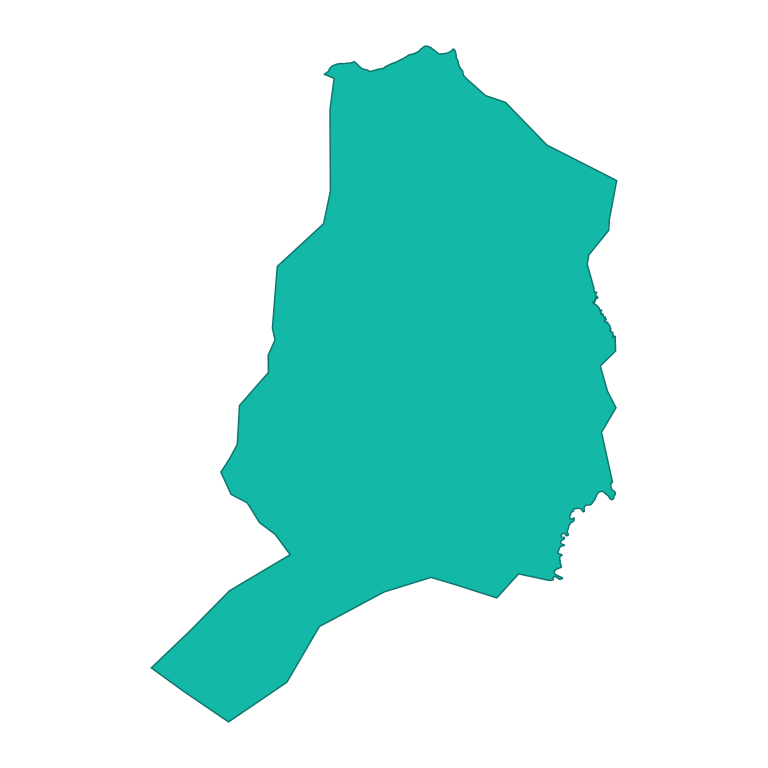 Baruunbu'ren, Selenge, Mongolia
{"feature_id": "93677404B37316028953404", "entity_name": "Baruunbu'ren", "entity_type": "district", "adm_level": 2, "iso_a3": "MNG", "parent_name": "Mongolia", "parent_adm1": "Selenge", "projection": "robinson", "projection_center": [105.041, 49.277], "detail": "fine", "context": "isolated", "style": "filled", "palette": "teal", "viewbox_px": 768, "rotation_deg": 0, "n_neighbors": 0, "source": "geoboundaries", "source_scale": "gbopen_adm2", "svg_char_len": 5929}
<svg xmlns="http://www.w3.org/2000/svg" viewBox="0 0 768 768"><path d="M453.1,49.1L451.7,50.6L449.3,52.2L448.1,52.8L445.8,53.4L439.8,54.1L438.8,53.8L437.9,53.2L436.9,52.3L435.6,51.3L434.0,50.1L432.4,48.9L431.3,47.8L429.4,47.0L427.4,46.3L426.1,46.1L425.2,46.1L423.5,47.0L421.8,48.5L421.2,49.0L420.8,49.1L419.6,50.4L419.3,51.0L418.7,51.6L417.5,51.9L415.9,52.8L413.0,54.1L410.4,54.5L409.6,54.6L408.9,55.1L408.1,55.4L406.2,56.8L405.0,57.4L403.6,58.3L401.2,59.4L398.6,60.9L394.6,62.7L392.3,63.4L385.1,66.9L383.5,68.4L377.7,69.3L373.7,70.6L370.0,71.5L367.5,70.1L363.6,69.2L360.9,68.0L358.3,65.3L354.7,61.9L354.0,61.8L350.9,62.9L346.4,63.3L343.8,63.7L340.2,63.5L336.0,64.4L332.3,65.9L329.7,68.4L328.5,71.3L324.4,74.3L334.1,78.3L330.0,109.6L330.4,191.0L323.6,223.7L277.3,266.4L272.4,328.0L275.0,340.0L268.2,355.2L268.4,372.5L239.5,405.5L237.3,444.3L229.6,458.7L220.9,472.1L231.1,494.4L247.2,502.8L259.7,522.8L275.1,534.3L290.2,554.7L229.6,590.7L189.8,631.1L151.3,667.9L184.3,691.8L228.5,721.9L286.9,682.2L319.4,626.5L384.2,591.9L431.0,577.4L457.1,585.2L496.7,597.9L518.6,573.9L547.7,580.1L549.9,580.4L551.4,580.3L552.6,580.1L553.2,579.7L553.2,579.2L553.0,577.9L553.3,577.3L554.0,576.6L555.4,576.7L556.5,577.1L557.4,577.6L557.9,578.3L558.7,578.9L559.5,579.3L560.5,579.2L562.2,578.7L562.5,578.2L561.9,577.5L559.6,576.6L557.3,575.4L556.1,574.9L555.1,574.2L554.4,572.9L554.3,571.9L554.4,571.2L555.1,570.3L556.5,569.3L559.3,568.0L560.8,567.5L561.3,567.2L561.4,566.8L561.4,566.3L560.4,563.7L560.2,562.2L560.2,561.0L560.1,560.7L559.7,560.4L559.6,560.1L559.7,559.5L559.9,559.1L559.7,557.8L559.7,557.2L560.0,556.6L560.7,556.0L561.7,555.4L562.0,555.1L561.5,554.7L558.8,553.6L558.0,553.1L557.8,552.4L557.9,551.8L558.4,551.0L559.6,547.6L560.3,546.9L561.1,546.4L562.1,545.9L564.1,545.5L564.4,545.3L564.3,545.0L563.8,544.7L561.9,544.2L561.0,543.5L560.7,542.8L560.4,541.9L560.6,541.4L562.7,539.7L563.8,539.2L564.3,538.7L564.5,538.0L564.3,537.5L564.0,537.3L562.7,537.5L562.1,537.4L561.6,537.1L561.2,536.7L561.1,536.2L561.2,535.5L561.6,534.7L562.2,533.9L562.8,533.5L563.6,533.3L564.6,533.5L565.2,534.1L565.7,535.1L566.1,535.6L566.5,535.7L567.0,535.7L567.6,535.5L568.1,535.2L568.3,534.4L568.1,533.6L567.2,532.6L567.1,532.2L567.1,531.3L567.4,530.4L568.0,529.4L568.5,528.0L568.8,525.7L569.2,525.1L569.7,524.5L570.6,522.8L571.3,522.4L572.7,522.0L573.6,521.0L573.9,520.2L574.2,518.9L574.0,518.2L573.9,518.0L573.5,518.0L573.0,518.2L572.2,519.0L571.8,519.2L571.3,519.2L570.8,519.1L570.4,518.8L569.7,518.2L569.6,517.6L569.8,516.5L570.2,515.1L570.6,514.2L571.0,513.0L571.4,512.3L572.0,511.9L573.3,511.2L573.5,511.0L573.4,509.9L573.4,509.5L573.8,509.1L574.2,508.9L574.8,508.8L576.1,508.6L577.8,508.2L578.3,508.2L578.9,508.5L580.1,508.6L581.1,508.9L582.0,509.9L582.3,510.9L582.8,511.5L583.1,511.7L583.5,511.8L583.9,511.7L584.2,511.4L584.1,507.9L584.3,506.9L584.9,506.1L585.9,505.4L587.2,505.0L589.7,505.0L590.7,504.7L591.3,504.3L592.7,502.4L593.8,500.9L595.0,499.1L595.9,497.0L596.8,494.7L597.7,493.3L598.5,492.5L599.9,491.8L601.5,491.3L602.5,491.3L603.4,491.8L604.5,492.9L606.2,494.1L607.0,495.0L608.2,495.8L608.9,496.8L609.6,498.3L611.0,499.4L611.8,499.6L612.6,499.4L613.3,499.0L613.6,498.3L613.7,497.3L614.1,496.2L614.6,495.2L615.2,494.4L615.2,492.8L614.9,492.0L614.1,491.1L612.8,490.3L611.9,489.6L611.6,488.9L611.1,487.4L610.9,486.7L610.8,485.9L611.0,484.1L611.2,483.2L611.7,482.7L612.5,482.3L601.5,432.3L616.0,407.7L607.5,391.3L600.3,366.0L615.6,351.0L615.2,337.4L615.4,336.7L615.2,336.5L614.8,336.3L614.6,336.3L614.3,336.4L613.1,337.2L612.6,337.2L613.1,336.3L613.2,335.8L613.4,335.2L613.3,334.8L613.2,334.5L613.0,334.2L612.6,333.9L612.5,333.5L612.7,332.9L612.7,332.7L611.5,331.6L611.3,331.6L611.1,331.6L610.9,331.8L610.6,331.8L610.3,331.7L610.1,331.5L610.1,331.1L610.6,330.5L610.6,330.4L610.0,329.9L610.0,329.7L610.8,328.9L610.8,328.7L610.7,328.6L610.2,328.1L610.3,327.7L610.4,327.2L610.0,326.9L609.8,326.5L609.8,325.9L609.7,325.7L609.1,324.9L608.9,324.4L608.7,324.2L608.1,324.0L607.7,323.8L607.8,322.6L607.7,322.4L607.2,322.2L606.3,322.3L605.4,321.9L604.8,322.0L604.4,322.0L604.3,321.9L604.4,321.7L604.9,321.1L605.0,320.9L604.9,320.6L604.9,320.4L605.1,320.2L605.9,320.0L606.2,319.6L606.2,319.2L606.0,318.9L605.8,318.7L604.9,318.5L604.9,318.4L605.3,317.7L605.3,317.3L604.0,316.9L603.5,316.6L603.4,316.4L603.3,315.6L603.2,314.8L603.1,314.5L602.8,314.2L602.4,314.2L601.3,314.3L600.7,314.3L600.6,314.2L601.2,313.3L601.4,313.0L601.4,312.8L600.9,312.2L600.9,311.9L600.9,311.6L601.6,310.7L601.7,310.4L601.5,310.2L601.3,310.1L600.9,310.1L600.4,310.5L600.1,310.5L599.9,310.5L599.7,310.3L599.6,309.3L599.2,308.7L599.1,308.0L598.3,307.3L598.2,306.9L597.9,306.7L597.4,306.0L596.7,305.5L596.4,305.1L595.7,304.7L595.3,304.6L594.7,304.0L594.5,303.6L594.2,303.4L593.3,303.0L593.0,302.7L592.9,302.4L592.9,302.0L593.0,302.0L593.6,302.3L594.3,302.3L594.6,302.2L594.8,301.8L595.1,301.1L595.2,300.8L595.2,300.7L594.4,300.3L594.3,300.1L594.3,299.9L595.1,299.6L595.3,299.4L595.5,299.0L595.5,298.7L596.8,298.6L597.2,298.4L597.7,298.1L597.8,297.8L597.8,297.6L597.7,297.3L597.3,297.2L597.1,297.2L596.6,297.7L596.3,297.9L596.1,297.9L595.9,297.9L595.7,297.7L595.8,297.3L595.9,297.0L596.7,296.4L596.8,296.3L596.6,296.1L596.0,295.6L595.8,294.7L595.3,294.2L595.4,293.9L595.6,293.6L596.5,292.8L596.6,292.7L596.6,292.3L595.9,292.2L594.7,292.1L594.4,291.8L594.0,291.0L594.1,290.4L594.0,290.1L593.7,289.6L593.6,289.3L593.6,289.0L593.6,288.8L594.0,288.3L587.2,264.4L588.8,254.9L608.7,230.4L609.4,219.2L616.7,180.6L546.9,145.1L505.5,102.4L485.5,95.6L467.2,79.3L464.1,76.1L463.3,74.6L463.2,74.5L463.0,73.9L462.8,71.7L462.7,71.2L462.3,70.8L462.1,70.6L461.6,69.8L460.7,68.8L460.4,68.4L460.2,67.9L460.2,67.5L459.4,66.7L459.2,66.2L459.0,65.7L459.0,64.8L458.5,64.1L458.3,63.6L458.1,61.4L457.6,60.2L457.2,59.4L456.8,58.8L456.4,58.1L456.4,57.3L456.1,56.8L456.0,56.0L456.2,55.3L456.1,54.3L455.5,52.5L455.4,51.5L454.4,49.6L453.6,49.2L453.1,49.1Z" fill="#14b8a6" stroke="#0f766e" stroke-width="1.5"/></svg>